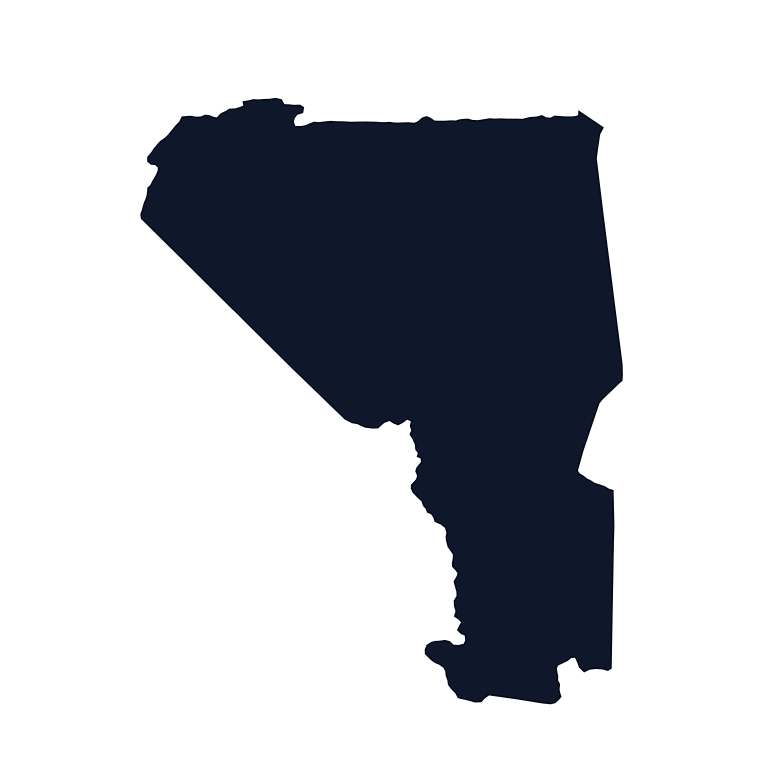 Quijingue, Bahia, Brazil (Natural Earth projection), rotated 99°
{"feature_id": "56859067B85508480609992", "entity_name": "Quijingue", "entity_type": "district", "adm_level": 2, "iso_a3": "BRA", "parent_name": "Brazil", "parent_adm1": "Bahia", "projection": "natural_earth1", "projection_center": [-39.021, -10.812], "detail": "fine", "context": "isolated", "style": "filled", "palette": "ink", "viewbox_px": 768, "rotation_deg": 99, "n_neighbors": 0, "source": "geoboundaries", "source_scale": "gbopen_adm2", "svg_char_len": 3505}
<svg xmlns="http://www.w3.org/2000/svg" viewBox="0 0 768 768"><g transform="rotate(99 384 384)"><path d="M258.4,649.3L295.9,597.0L333.7,544.7L336.6,540.4L346.1,527.4L382.1,477.4L424.6,416.8L427.0,409.3L427.0,404.0L428.2,400.3L429.3,395.6L429.1,388.7L428.1,383.3L424.4,380.3L421.7,378.0L418.8,372.8L420.9,368.1L421.8,363.8L418.8,359.6L414.8,355.9L416.0,350.9L421.3,351.2L425.6,349.0L429.6,350.2L433.6,346.6L438.5,343.4L443.7,342.1L446.6,339.0L450.3,339.5L451.0,335.8L455.2,334.4L458.4,336.3L461.8,338.2L465.1,338.7L469.2,336.2L473.3,336.7L476.6,338.9L479.4,340.8L482.7,340.5L486.3,338.2L490.3,332.9L493.5,328.1L497.9,325.7L500.2,322.8L503.6,320.9L504.6,316.8L507.6,313.9L511.6,311.9L513.2,305.8L516.0,300.7L521.0,298.3L525.3,298.5L528.9,297.5L534.6,295.0L538.1,291.6L541.3,288.5L545.5,288.1L550.1,288.2L553.4,287.5L556.1,284.0L559.0,280.9L562.3,281.4L568.2,283.6L573.0,281.4L577.6,279.3L582.1,278.4L587.2,280.5L592.7,279.2L597.2,277.0L602.3,277.8L604.1,273.5L607.1,269.7L611.1,271.2L615.4,272.6L618.2,268.6L619.2,264.3L624.4,262.9L628.6,264.0L630.8,269.1L631.4,274.6L628.4,279.2L628.0,283.6L629.7,289.2L630.5,293.2L632.1,296.7L635.4,300.4L639.8,301.5L643.9,300.7L646.3,297.5L649.1,293.4L650.9,289.6L651.9,285.4L654.3,280.6L657.7,277.9L662.0,276.8L666.4,274.4L670.7,273.1L674.4,269.3L677.7,264.8L682.0,261.4L682.4,256.3L682.8,250.3L683.6,244.4L682.4,238.4L678.7,236.2L674.4,231.8L673.9,202.7L674.0,177.3L673.5,169.3L671.8,165.3L668.7,162.8L665.2,160.6L662.0,162.2L658.7,163.5L653.2,163.9L649.5,166.5L645.5,166.9L641.7,168.4L638.2,169.5L634.4,168.8L631.4,164.3L627.9,159.4L624.7,156.6L623.6,152.3L628.6,148.8L632.9,146.5L636.7,141.3L633.3,136.5L631.5,130.0L631.0,123.3L631.6,118.2L629.1,115.4L597.1,119.9L583.0,121.9L555.0,125.8L504.2,132.9L488.1,135.0L453.5,141.3L453.0,145.5L451.0,150.3L450.0,156.4L449.3,161.0L447.5,164.9L446.2,169.2L443.9,173.0L442.6,176.8L439.7,179.7L418.8,177.3L369.4,168.9L365.0,166.5L347.7,153.4L343.1,149.7L337.4,150.3L327.6,152.1L315.2,155.7L258.0,172.4L248.2,175.2L182.0,194.5L128.0,209.9L118.5,210.1L103.5,210.3L96.6,207.9L84.4,234.0L88.7,233.5L90.4,237.3L91.3,241.5L92.1,246.8L92.6,252.4L92.9,257.1L95.7,261.0L96.0,265.7L94.5,269.9L96.6,274.6L98.3,281.7L101.2,288.5L102.1,295.7L103.4,303.6L104.2,310.7L105.3,315.7L105.7,320.9L107.4,326.1L109.5,332.4L110.1,338.1L109.5,342.3L110.5,347.2L111.6,350.8L113.3,354.1L113.8,358.7L115.2,365.0L116.1,370.5L116.7,375.4L114.7,379.3L113.5,383.7L115.4,387.5L119.9,391.3L122.0,394.7L122.4,400.7L123.4,406.2L124.3,410.6L124.9,414.7L124.9,419.2L125.9,423.6L126.6,427.9L126.9,432.6L127.5,436.6L128.1,441.3L129.1,447.4L129.7,451.0L130.9,457.5L131.4,462.8L132.0,467.8L132.7,472.3L133.2,477.9L134.6,483.2L136.3,489.3L136.6,494.0L139.1,498.2L141.4,501.7L142.9,506.2L143.9,512.5L139.1,514.9L135.1,514.4L131.1,512.2L128.5,507.0L123.6,506.9L122.0,510.8L123.1,516.3L123.4,521.8L124.0,526.5L119.5,529.9L119.1,535.6L121.0,541.7L121.8,546.1L123.3,552.4L123.8,557.4L125.5,561.3L127.4,567.0L131.3,565.6L133.5,569.1L135.8,573.9L137.0,579.6L139.5,582.4L142.9,587.3L147.7,590.5L147.5,594.6L146.5,598.4L146.7,602.5L149.2,606.7L150.1,611.0L150.1,617.3L152.0,625.0L157.3,626.6L160.9,629.3L164.7,631.5L169.3,634.2L172.5,636.1L176.2,639.0L179.4,642.5L183.4,645.1L187.8,647.7L192.2,649.7L196.9,652.6L200.9,652.0L203.2,648.3L202.7,644.4L205.1,640.4L208.4,640.2L213.1,641.2L219.0,643.6L224.4,645.3L227.4,647.7L231.0,647.3L235.5,647.3L238.7,647.8L242.4,648.8L246.5,649.3L250.4,649.7L254.5,650.5L258.4,649.3Z" fill="#0f172a" stroke="#020617" stroke-width="1.5"/></g></svg>